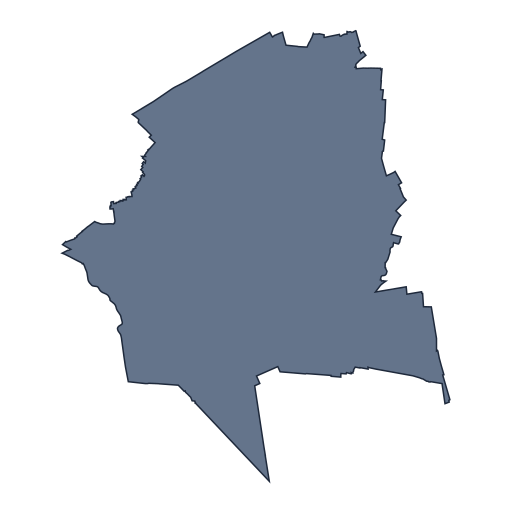 Midden-Groningen, Groningen, Netherlands (orthographic projection)
{"feature_id": "6326949B36639676585237", "entity_name": "Midden-Groningen", "entity_type": "district", "adm_level": 2, "iso_a3": "NLD", "parent_name": "Netherlands", "parent_adm1": "Groningen", "projection": "orthographic", "projection_center": [6.809, 53.185], "detail": "fine", "context": "isolated", "style": "filled", "palette": "slate", "viewbox_px": 512, "rotation_deg": 0, "n_neighbors": 0, "source": "geoboundaries", "source_scale": "gbopen_adm2", "svg_char_len": 5812}
<svg xmlns="http://www.w3.org/2000/svg" viewBox="0 0 512 512"><path d="M128.3,381.7L145.5,383.6L147.4,383.6L148.9,383.3L158.8,383.7L159.2,383.8L178.3,385.2L184.2,391.3L185.2,390.9L185.5,392.0L185.8,392.5L187.4,393.9L189.6,396.2L190.5,397.0L190.7,397.3L191.6,399.5L192.1,400.8L194.8,401.1L195.1,402.5L195.4,402.4L195.5,402.5L195.3,403.2L195.5,403.2L269.3,481.3L265.2,455.3L265.3,455.3L263.8,446.1L262.8,439.4L254.7,385.8L259.8,383.5L256.5,376.0L277.8,366.6L280.1,371.8L305.5,373.9L306.3,373.6L306.6,373.6L331.0,375.4L331.1,376.3L340.8,377.1L340.8,375.0L341.0,373.5L344.9,373.8L345.3,373.8L346.1,373.9L346.5,372.6L351.1,373.8L351.5,373.7L351.6,373.0L351.4,372.6L352.9,373.0L352.9,372.2L353.5,371.3L353.5,370.6L353.7,370.3L353.6,369.9L353.7,369.5L354.2,368.8L355.0,367.5L355.2,367.1L359.9,368.0L360.0,367.6L368.1,369.1L368.0,367.2L369.3,367.7L375.9,369.1L412.9,375.8L419.6,377.8L421.7,378.7L423.0,379.0L426.6,381.2L428.3,381.4L428.8,381.9L430.3,382.0L430.6,381.9L430.7,381.7L430.9,381.7L442.1,383.6L442.3,385.6L445.0,403.7L449.2,402.1L448.8,400.3L449.8,399.9L449.9,399.7L442.7,375.0L443.9,374.7L441.4,366.1L439.3,358.3L437.9,351.2L437.5,350.4L436.5,351.0L436.5,338.4L431.3,306.9L423.5,306.7L422.6,293.5L422.0,293.5L421.8,293.4L421.7,292.1L421.6,291.8L421.2,291.8L406.9,294.2L406.2,286.8L375.4,292.0L380.5,285.3L381.6,284.3L384.0,282.4L385.9,281.1L384.4,281.0L383.2,280.8L383.4,280.7L383.1,280.7L381.6,281.0L381.1,280.3L381.1,279.8L380.9,279.4L380.7,279.3L380.7,279.2L380.5,279.3L381.1,276.7L381.3,276.4L382.0,275.8L382.6,275.6L383.8,275.6L385.1,275.1L385.5,274.9L386.3,273.8L386.3,273.7L386.9,271.7L387.0,271.3L385.9,269.1L385.6,267.8L385.1,267.7L385.2,262.6L385.7,262.6L387.8,259.3L390.1,251.9L389.9,250.9L390.0,250.4L390.1,249.6L390.3,248.5L390.6,248.1L390.9,247.7L392.6,246.8L392.9,246.4L393.1,245.6L393.4,243.0L393.6,242.6L394.2,242.9L398.3,244.0L398.6,243.9L398.8,243.4L399.4,242.6L399.7,242.0L400.0,240.2L400.3,239.1L401.2,236.8L391.3,234.3L393.2,228.0L398.0,218.8L399.3,216.9L400.7,215.5L395.8,210.8L404.3,201.9L406.2,200.1L403.3,196.8L403.3,196.6L400.1,188.7L400.5,188.4L398.4,184.7L401.6,182.8L395.1,171.4L394.2,172.1L393.6,172.5L389.4,174.5L386.4,175.8L383.7,166.4L381.5,158.3L382.2,153.1L382.3,151.2L382.2,151.2L383.4,151.1L384.7,140.0L382.2,139.3L384.3,122.5L384.7,122.5L385.6,99.8L382.3,99.6L383.3,89.9L380.6,89.7L381.3,80.8L381.0,80.8L382.0,69.1L380.9,69.6L381.0,68.9L380.5,68.8L380.5,68.3L370.9,68.1L367.2,68.2L363.3,68.1L356.2,68.7L356.2,67.2L355.1,67.2L355.5,66.5L355.4,66.5L355.8,65.7L355.8,64.5L356.7,63.3L357.9,62.2L359.4,60.6L365.9,55.3L363.0,51.6L360.8,53.4L358.4,47.6L360.2,46.2L356.2,31.9L356.2,31.7L356.0,30.9L355.9,30.8L355.7,30.7L353.8,31.6L353.1,32.2L352.3,32.2L351.8,32.5L351.0,32.0L350.2,31.7L348.2,32.1L347.6,31.6L347.2,31.8L347.0,31.7L346.9,34.1L345.9,34.0L345.5,34.2L344.6,34.4L344.4,34.4L344.4,34.2L344.0,34.3L342.3,35.2L341.0,36.2L340.0,36.1L339.9,35.9L339.4,34.4L324.6,37.4L324.1,37.4L324.1,34.8L319.3,33.8L318.2,34.0L314.2,34.1L313.7,33.9L313.3,33.4L311.9,37.5L310.9,39.2L310.2,40.9L309.1,42.6L308.6,43.7L307.0,47.1L298.0,46.6L297.6,46.4L286.0,45.2L283.5,36.4L282.5,32.2L277.2,34.3L275.7,35.0L274.4,35.4L273.6,36.3L273.0,36.6L272.8,36.9L272.4,37.0L269.7,32.3L236.6,51.2L203.6,70.9L202.0,71.9L201.7,72.2L201.4,72.3L186.3,81.3L174.9,87.1L172.5,88.5L153.5,101.5L132.2,114.3L135.5,116.7L138.7,119.4L138.8,119.7L138.2,122.0L138.2,122.3L138.4,122.7L145.7,129.6L145.8,129.6L146.2,130.0L148.0,132.0L151.3,135.2L149.2,137.2L155.1,142.6L151.3,146.8L149.7,148.7L148.7,149.6L148.4,149.4L147.9,149.9L148.4,150.3L146.3,152.7L146.5,152.8L144.6,155.3L144.6,155.9L145.2,156.4L141.9,156.4L143.2,157.5L142.6,158.1L145.7,160.7L145.3,163.1L143.6,161.7L142.2,163.5L143.2,164.4L141.7,166.4L142.8,167.5L140.8,169.6L143.1,171.8L142.6,172.4L144.5,174.4L144.6,175.2L144.4,175.9L144.0,176.4L142.4,174.8L140.9,176.0L141.6,176.9L140.8,178.1L140.1,178.6L140.6,179.3L139.2,181.7L137.6,182.5L138.1,183.5L136.6,184.3L137.0,185.3L136.5,185.5L136.6,185.8L135.2,186.5L135.8,188.0L133.3,188.9L133.5,189.1L133.7,189.6L133.0,189.8L133.0,190.0L132.3,190.3L132.7,191.2L132.0,191.7L131.1,191.9L131.9,194.8L132.0,196.5L131.8,196.5L131.8,196.3L129.3,196.8L129.2,196.5L128.1,196.7L128.1,196.8L127.6,196.9L127.5,197.1L126.1,197.3L126.3,199.3L126.1,199.5L126.2,199.8L124.5,199.9L124.5,199.4L123.1,199.4L123.1,200.8L122.8,200.8L122.4,201.1L122.1,201.1L122.0,200.6L120.1,200.5L120.0,201.5L118.7,201.5L118.7,202.1L116.1,202.5L116.2,203.4L113.7,203.6L113.5,201.6L111.5,201.9L110.9,202.3L111.1,205.6L110.4,205.6L110.5,206.7L109.9,206.9L110.0,209.0L111.4,209.0L113.2,208.7L113.8,212.3L113.9,212.2L114.2,215.5L115.0,221.2L114.9,221.8L114.4,222.6L114.4,223.3L114.1,223.3L113.5,224.0L111.2,223.8L108.7,223.8L103.2,224.1L102.5,224.1L100.1,223.7L98.4,223.0L96.1,222.3L95.3,221.9L94.7,221.5L88.0,226.6L87.8,226.6L84.4,229.5L82.1,231.2L82.4,231.5L80.3,233.1L76.7,236.1L77.1,236.6L77.1,236.8L74.8,238.5L74.7,238.4L74.6,238.9L70.5,240.3L66.4,241.9L66.1,241.7L65.8,241.5L62.5,244.6L66.5,247.0L70.8,249.3L68.5,250.4L68.2,250.4L67.8,250.3L62.1,253.2L64.7,254.2L68.9,256.3L77.5,260.8L81.6,262.8L82.3,263.9L83.2,263.5L84.3,265.6L85.5,268.9L86.7,271.8L87.0,272.8L88.0,279.5L88.3,280.6L88.8,281.7L89.6,282.9L91.6,285.1L91.9,285.4L92.6,285.8L93.8,286.1L96.7,286.5L97.5,286.8L98.2,287.4L99.9,290.2L101.1,291.5L102.6,292.5L103.8,293.0L106.2,294.1L107.0,294.6L107.8,295.2L108.4,295.9L109.7,298.1L110.0,299.1L109.9,299.6L110.1,300.3L110.7,300.9L114.3,303.8L115.5,305.5L116.2,307.6L116.4,308.6L116.9,309.8L117.7,311.2L118.7,312.6L119.9,314.4L120.5,315.4L120.8,316.3L121.4,318.9L121.7,320.0L122.3,322.3L122.2,323.8L121.2,324.7L119.2,325.9L118.4,326.6L117.7,327.7L117.5,328.3L117.5,328.8L117.8,330.1L118.5,331.6L119.0,332.2L120.5,334.4L120.8,335.2L121.4,337.8L124.0,356.9L125.5,367.1L128.3,381.7Z" fill="#64748b" stroke="#1e293b" stroke-width="1.5"/></svg>